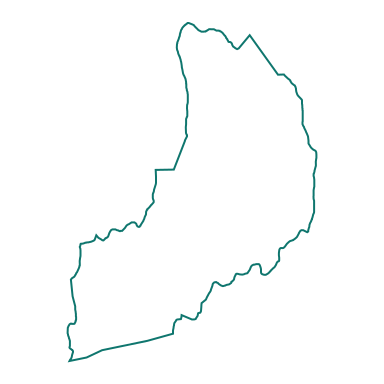 San Isidro, Heredia, Costa Rica (Equal Earth projection)
{"feature_id": "36466004B23001731443143", "entity_name": "San Isidro", "entity_type": "district", "adm_level": 2, "iso_a3": "CRI", "parent_name": "Costa Rica", "parent_adm1": "Heredia", "projection": "equal_earth", "projection_center": [-84.042, 10.03], "detail": "fine", "context": "isolated", "style": "outline", "palette": "teal", "viewbox_px": 384, "rotation_deg": 0, "n_neighbors": 0, "source": "geoboundaries", "source_scale": "gbopen_adm2", "svg_char_len": 5873}
<svg xmlns="http://www.w3.org/2000/svg" viewBox="0 0 384 384"><path d="M249.7,35.2L238.7,48.4L237.1,49.1L235.2,48.1L235.0,47.8L233.1,46.5L232.2,44.8L232.0,43.9L231.3,42.7L230.1,42.0L229.0,42.0L228.4,41.7L227.9,40.5L227.2,39.5L227.2,39.1L226.1,37.9L226.1,37.5L225.1,35.8L224.7,35.6L222.5,32.8L220.8,31.5L220.1,31.3L219.7,30.8L219.0,30.8L218.5,30.6L216.4,30.6L214.0,29.3L209.1,29.2L207.8,30.1L207.4,30.2L206.9,30.6L206.7,30.9L206.0,31.0L205.6,31.5L204.2,31.5L203.6,31.7L201.5,31.7L198.4,30.1L196.9,28.5L195.5,27.2L195.3,26.8L194.7,26.4L193.9,25.2L192.3,24.4L188.7,23.0L187.7,23.0L187.2,23.5L186.9,23.5L185.4,24.9L185.1,24.9L184.6,25.5L184.3,25.6L183.9,26.2L183.6,26.4L182.3,27.9L181.9,29.0L181.4,29.5L180.7,31.4L180.6,32.3L180.2,33.0L180.2,33.5L179.9,34.1L179.9,35.0L179.6,36.2L179.6,36.6L179.2,37.1L178.7,39.0L177.3,42.5L177.3,43.4L177.0,44.0L176.8,47.6L177.1,49.8L177.9,51.7L178.2,53.4L178.8,55.0L179.3,55.7L179.4,56.5L179.9,57.1L179.9,57.5L180.7,60.0L180.8,60.9L181.1,61.7L181.4,63.4L181.8,66.2L181.8,67.1L182.4,69.7L183.0,73.1L183.5,74.7L184.1,75.7L185.5,78.9L186.1,82.0L186.1,83.8L186.3,84.0L186.3,87.7L186.8,89.3L186.8,90.2L187.5,92.1L187.5,93.0L187.8,94.5L187.8,102.3L187.5,104.0L187.2,104.6L187.1,105.5L187.0,108.5L187.1,109.3L187.2,110.6L187.3,111.0L187.3,116.0L187.2,116.4L186.8,117.0L186.8,117.5L186.3,118.3L186.1,119.1L186.1,124.2L185.8,127.2L186.0,133.0L186.7,134.9L187.0,135.1L187.0,136.4L184.9,140.5L184.9,141.0L173.8,169.6L155.7,169.9L156.0,176.7L156.0,182.9L155.8,184.2L154.0,189.9L153.9,191.1L153.4,192.8L153.1,193.1L152.8,194.5L152.8,198.0L153.1,199.3L153.5,200.1L153.7,200.9L153.7,202.1L153.2,202.9L152.8,203.3L151.5,204.8L151.1,205.0L150.8,205.6L149.8,206.6L149.7,207.0L147.8,208.8L147.4,209.5L147.2,209.5L147.2,209.8L146.8,210.1L146.1,211.8L146.0,214.3L145.6,215.3L145.4,215.6L144.7,217.1L144.2,218.9L143.4,220.5L143.4,220.8L141.0,224.5L140.5,225.6L140.3,225.6L139.5,226.8L138.7,226.9L137.5,226.4L136.8,225.4L136.2,223.7L134.5,222.4L131.6,222.4L128.7,224.3L127.6,224.7L126.5,225.6L124.9,228.0L122.1,230.9L120.6,230.9L120.0,231.2L119.2,231.0L118.5,230.5L117.0,230.2L115.4,229.4L112.5,229.4L111.2,230.0L110.6,230.9L110.3,231.2L109.3,233.1L108.4,235.8L108.0,236.7L106.7,237.8L106.4,237.8L105.9,238.2L105.5,238.2L104.8,239.1L103.5,240.4L102.4,240.3L101.2,239.4L98.4,237.8L96.3,235.3L94.7,239.7L94.3,240.3L93.9,240.4L93.4,240.8L91.2,241.7L88.2,242.4L86.9,242.4L86.1,242.7L85.2,242.7L84.8,243.0L82.9,243.6L80.7,243.8L80.4,244.7L80.3,245.8L79.8,246.7L79.9,247.6L80.3,248.4L80.5,250.5L80.5,255.5L80.4,256.6L80.1,258.0L79.7,261.0L79.8,265.3L79.7,265.7L79.5,265.8L79.2,267.3L78.4,269.2L77.2,271.8L76.9,272.4L76.4,272.9L75.7,274.5L75.2,275.1L75.2,275.3L74.3,276.7L71.9,278.3L70.9,279.6L72.6,296.3L75.2,306.3L75.2,309.5L75.7,312.1L75.7,313.0L75.9,313.7L75.9,316.4L76.1,316.8L76.1,319.6L75.9,319.9L75.9,320.4L75.7,320.6L75.7,321.1L75.5,321.3L75.5,321.8L74.5,323.7L73.9,323.9L71.8,323.9L71.6,323.7L70.5,323.7L69.6,324.3L68.6,325.9L67.8,327.8L67.6,333.2L68.0,334.4L68.0,334.9L68.5,336.5L68.8,337.0L69.0,338.3L69.2,338.6L69.9,340.9L69.9,345.9L69.8,346.4L69.5,347.1L69.5,347.6L69.8,348.2L71.5,349.5L72.0,350.0L72.3,350.0L72.7,350.6L73.0,351.2L73.0,352.1L72.1,355.0L71.7,357.1L70.7,359.4L70.5,359.6L70.2,359.6L69.5,361.0L86.6,357.5L102.1,350.2L147.5,340.8L173.0,333.7L173.0,330.5L173.5,328.1L173.7,326.4L174.0,325.5L174.1,324.1L174.4,323.0L175.9,320.9L176.4,319.9L177.2,319.5L180.9,319.1L181.4,317.3L181.6,315.1L192.0,319.5L194.5,319.4L195.7,319.0L196.0,318.3L197.6,315.9L198.1,313.3L198.3,313.1L200.2,312.7L200.4,312.5L200.8,311.6L201.0,311.1L201.3,307.2L201.4,305.2L201.6,303.1L205.9,299.6L206.9,297.3L209.1,293.2L210.0,292.0L210.8,290.6L210.9,289.8L212.4,285.8L212.7,284.2L213.1,283.5L214.1,282.5L215.3,282.1L216.2,282.1L216.3,282.4L217.8,282.9L218.7,283.9L220.9,285.4L222.7,286.1L223.6,286.0L224.7,285.6L225.1,285.6L226.5,284.9L229.1,284.4L231.1,283.0L231.4,282.4L231.4,281.8L232.2,281.4L232.5,281.0L233.4,280.3L234.1,279.1L234.2,278.2L234.7,276.6L235.6,275.0L235.7,274.4L236.4,273.8L237.7,273.8L239.8,274.4L242.3,274.6L243.9,274.3L244.9,273.8L247.4,273.2L249.8,269.7L250.8,267.1L251.7,265.7L253.4,264.7L254.2,264.7L256.4,264.1L258.8,264.1L259.5,264.7L260.1,266.0L260.7,267.8L261.0,269.2L261.0,272.1L261.2,273.2L261.6,273.7L262.2,274.2L264.1,274.8L265.8,274.8L267.9,273.6L269.3,272.4L269.8,271.6L270.0,271.6L270.5,271.1L271.3,270.0L271.5,269.9L273.3,268.1L274.4,267.3L275.8,265.2L276.9,262.6L277.7,261.6L278.7,261.3L279.0,261.0L279.2,260.4L279.2,257.7L278.9,255.3L278.9,253.0L279.3,249.9L279.9,248.6L280.9,248.0L282.8,248.1L283.5,247.9L284.1,247.4L284.9,246.6L286.9,243.8L288.8,242.0L290.0,241.1L293.2,240.1L293.3,239.8L294.3,239.3L296.1,237.8L297.0,236.9L297.6,235.8L298.9,233.4L298.9,233.1L300.1,231.2L300.5,230.7L300.9,230.6L301.4,230.2L303.2,230.2L307.2,232.2L308.2,231.5L308.2,230.4L308.9,227.9L309.3,227.0L309.5,224.8L310.2,222.9L310.9,221.7L311.3,220.8L311.3,220.5L311.6,220.0L311.8,219.3L312.0,219.2L312.0,218.6L312.4,217.7L313.2,214.5L314.0,212.7L314.1,211.9L314.1,200.8L313.6,198.9L313.5,196.4L313.6,195.8L313.6,190.3L314.1,187.3L314.3,186.8L314.3,179.8L314.0,177.3L313.6,176.0L313.6,174.5L313.7,173.7L313.9,173.6L314.5,171.4L314.5,170.8L315.6,166.7L315.8,166.2L315.9,165.1L315.8,161.7L316.2,158.8L316.4,158.0L316.4,154.5L316.2,152.2L315.7,151.1L315.0,150.5L313.2,149.6L312.7,149.1L311.8,148.4L310.8,147.3L309.2,144.6L308.8,144.1L308.5,143.4L308.5,140.7L308.0,136.4L306.7,133.2L306.3,132.5L305.7,130.9L304.2,127.9L304.0,127.0L303.3,126.0L302.5,124.2L302.5,121.9L302.7,121.5L302.7,110.5L302.5,110.2L302.5,108.3L302.3,108.0L302.3,105.7L302.2,105.3L302.2,104.4L302.0,104.0L302.0,100.4L301.8,99.7L298.2,95.9L297.3,94.6L296.3,91.7L296.0,89.6L296.0,88.7L295.5,87.1L295.4,86.6L295.0,86.1L294.8,85.5L293.9,85.0L291.7,83.2L290.3,81.0L290.3,80.5L289.5,79.7L288.0,78.6L284.9,75.7L283.9,74.5L278.0,74.7L249.7,35.2Z" fill="none" stroke="#0f766e" stroke-width="2"/></svg>